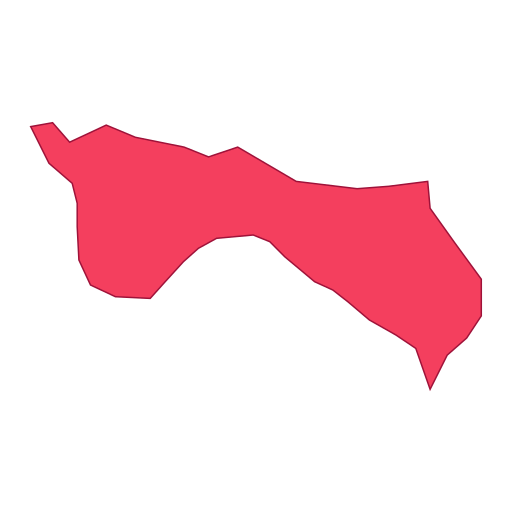 Moutoulias, Nicosia, Cyprus
{"feature_id": "46923920B1474013022531", "entity_name": "Moutoulias", "entity_type": "district", "adm_level": 2, "iso_a3": "CYP", "parent_name": "Cyprus", "parent_adm1": "Nicosia", "projection": "mercator", "projection_center": [32.834, 34.974], "detail": "fine", "context": "isolated", "style": "filled", "palette": "rose", "viewbox_px": 512, "rotation_deg": 0, "n_neighbors": 0, "source": "geoboundaries", "source_scale": "gbopen_adm2", "svg_char_len": 615}
<svg xmlns="http://www.w3.org/2000/svg" viewBox="0 0 512 512"><path d="M481.3,279.2L454.5,242.5L430.1,208.3L427.7,181.4L388.7,186.3L357.1,188.7L296.2,181.4L237.7,147.1L208.5,156.9L184.1,147.1L135.4,137.3L106.2,125.1L69.6,142.2L52.6,122.7L30.7,126.6L49.0,163.3L72.2,183.3L77.2,203.3L77.2,226.7L78.9,260.0L90.5,285.0L115.4,296.7L150.2,298.4L165.2,281.7L183.4,261.7L198.4,248.3L216.6,238.3L253.2,235.0L269.8,241.7L284.7,256.7L314.6,281.7L332.8,290.0L347.8,301.7L369.4,320.0L395.9,335.0L415.8,348.4L430.1,389.3L447.2,355.1L466.7,338.0L481.3,315.9L481.3,279.2Z" fill="#f43f5e" stroke="#9f1239" stroke-width="1.5"/></svg>